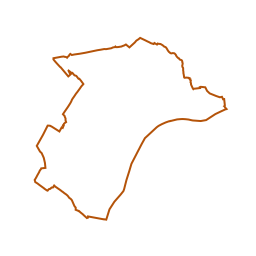 the district of Rasova, Constanta, Romania, rotated 171°
{"feature_id": "2599482B79501903079205", "entity_name": "Rasova", "entity_type": "district", "adm_level": 2, "iso_a3": "ROU", "parent_name": "Romania", "parent_adm1": "Constanta", "projection": "albers", "projection_center": [27.997, 44.248], "detail": "fine", "context": "isolated", "style": "outline", "palette": "amber", "viewbox_px": 256, "rotation_deg": 171, "n_neighbors": 0, "source": "geoboundaries", "source_scale": "gbopen_adm2", "svg_char_len": 5200}
<svg xmlns="http://www.w3.org/2000/svg" viewBox="0 0 256 256"><g transform="rotate(171 128 128)"><path d="M27.7,131.3L28.5,132.5L29.1,133.6L29.3,134.2L29.4,134.4L29.5,134.5L29.2,134.7L28.9,134.9L28.8,135.2L28.6,139.2L28.5,141.5L29.6,141.5L30.3,144.1L32.2,144.0L32.5,144.0L35.9,145.8L36.4,146.1L41.9,149.4L44.1,152.3L45.3,156.1L49.4,157.2L49.9,157.3L50.1,157.2L50.7,157.1L50.6,156.2L55.7,156.4L56.5,156.5L57.1,156.4L57.4,156.2L57.8,157.0L58.9,160.9L58.9,161.2L58.9,161.5L58.8,162.3L58.9,163.0L59.1,163.5L58.5,165.1L58.8,165.9L58.8,166.0L59.1,165.9L59.5,167.0L59.9,167.4L59.6,167.7L60.3,168.1L62.6,168.7L62.9,168.7L63.2,168.7L63.7,168.7L64.1,168.7L64.3,168.8L64.6,169.1L64.6,169.4L64.6,169.8L64.6,170.7L64.6,172.5L64.7,173.3L64.6,174.2L64.5,174.4L64.5,174.7L64.5,175.5L64.5,176.2L64.5,176.6L64.4,177.0L64.3,177.5L64.2,178.4L64.2,178.7L64.4,179.2L64.7,179.8L64.7,180.3L64.7,181.0L64.3,181.9L64.1,182.6L63.9,183.2L64.0,184.4L64.1,184.7L64.0,184.9L64.0,185.4L64.1,185.9L64.3,186.4L64.6,186.7L65.3,187.1L65.8,187.3L66.1,187.5L66.3,187.7L66.5,188.1L66.6,188.6L66.9,188.9L67.3,189.1L67.7,189.5L68.6,190.8L69.2,192.1L69.3,192.8L70.0,193.9L70.5,194.5L71.4,194.8L72.1,195.0L73.5,194.9L74.2,195.2L74.5,195.4L74.7,195.8L75.7,196.8L75.9,197.2L76.6,198.5L77.0,199.8L77.2,200.1L77.6,201.1L77.8,201.4L78.2,202.0L79.5,202.7L80.0,203.4L80.1,203.5L80.7,204.1L80.8,204.3L81.9,205.2L82.4,205.6L82.8,205.9L83.6,206.1L84.0,206.2L84.7,206.4L85.2,206.5L85.4,206.7L86.3,205.9L88.6,207.8L89.2,207.2L89.5,206.9L89.9,207.0L90.3,207.4L90.9,207.6L91.6,207.9L92.1,208.2L92.5,208.5L93.5,209.3L95.3,210.5L97.1,211.8L101.9,215.1L103.6,214.1L104.2,213.8L105.4,213.3L106.2,212.9L107.9,211.4L114.0,207.4L117.0,210.8L118.6,210.2L120.0,209.9L120.8,209.8L121.3,209.6L121.5,209.5L125.3,209.5L127.1,209.7L127.7,210.4L128.1,210.0L130.4,209.9L132.0,209.4L137.2,209.3L139.2,209.7L142.6,209.6L146.2,209.6L158.2,209.0L163.8,208.9L169.5,209.0L172.1,208.9L173.4,210.2L174.3,209.5L174.6,209.2L175.0,208.6L175.4,208.3L176.1,207.9L176.6,207.6L177.2,207.0L177.5,207.4L178.3,207.9L179.7,208.3L180.1,208.6L180.3,208.7L182.6,208.8L190.7,208.6L190.9,207.4L189.7,205.3L188.3,203.1L185.5,198.9L185.3,198.7L185.0,198.5L184.9,198.3L178.9,188.3L177.9,188.9L176.5,189.9L176.9,191.1L177.8,193.9L177.7,194.0L176.5,192.7L175.3,191.4L174.9,190.8L174.3,191.1L174.0,190.7L173.5,189.8L173.3,189.5L172.7,188.5L172.5,188.3L171.5,187.9L171.0,187.6L170.7,187.2L170.0,185.9L169.5,184.9L169.2,184.4L168.9,184.2L168.6,184.3L168.4,184.3L168.1,183.8L166.9,181.8L166.7,181.3L165.9,179.8L165.2,178.4L166.1,177.6L167.5,176.5L169.4,174.5L172.6,171.3L173.5,170.5L174.6,169.4L175.2,168.7L176.9,166.9L177.6,166.2L178.0,165.8L179.0,164.6L179.9,163.1L180.9,161.8L181.9,160.6L182.2,160.3L183.6,158.7L185.0,157.2L185.7,156.5L187.1,155.0L187.7,154.4L190.1,151.8L188.7,149.7L188.7,149.0L188.2,147.2L188.5,145.4L188.2,143.5L188.4,143.4L189.2,143.1L190.6,142.2L190.9,141.5L191.0,141.3L191.2,141.1L191.6,141.1L191.8,140.8L191.2,140.4L192.5,138.3L193.4,139.0L196.3,135.3L203.0,141.2L204.0,141.9L204.2,142.2L204.8,142.4L205.6,142.7L206.1,142.8L206.6,142.8L207.0,142.9L212.9,134.7L220.9,124.6L218.6,118.5L217.2,116.7L215.9,111.9L215.8,110.9L215.5,106.4L215.8,101.5L220.0,101.7L220.4,101.0L221.3,100.2L221.6,99.9L222.3,99.0L222.6,98.4L225.0,95.4L226.1,93.9L227.3,92.4L228.0,91.6L228.3,91.3L228.0,89.0L227.7,88.8L226.8,88.0L226.1,87.4L224.5,85.7L224.2,85.4L223.0,84.2L222.1,83.3L220.7,81.9L220.3,81.5L220.3,81.4L219.9,81.0L219.4,80.5L218.7,79.8L218.4,79.6L218.0,79.2L217.8,79.0L217.5,78.8L217.4,78.7L217.2,78.7L217.0,78.8L216.8,79.0L216.7,79.2L216.4,79.5L216.2,79.6L215.9,79.8L215.6,80.0L215.3,80.0L215.2,80.1L214.6,80.1L214.3,80.1L214.2,80.1L213.7,80.5L213.2,80.9L213.0,81.0L212.7,81.1L212.4,81.2L212.1,81.1L211.7,81.0L211.4,81.0L211.1,81.3L210.9,81.6L210.3,82.3L210.2,82.5L209.9,82.8L209.8,82.7L209.7,82.5L209.6,82.4L209.5,82.1L209.3,81.8L209.1,81.6L208.9,81.3L208.7,81.2L207.3,79.9L207.0,79.6L206.8,79.4L206.7,79.3L206.5,79.1L206.4,79.0L206.2,78.8L206.0,78.6L205.6,78.3L204.9,77.6L204.6,77.3L204.4,77.0L204.2,76.9L204.0,76.7L203.8,76.5L203.5,76.1L203.3,75.9L202.8,75.4L202.5,75.2L201.9,74.5L201.5,74.1L201.0,73.5L200.8,73.3L200.4,73.0L199.9,72.5L199.7,72.3L199.6,72.2L199.4,72.0L198.8,71.3L198.3,70.7L198.1,70.3L197.8,69.9L197.2,68.6L196.9,68.1L196.7,68.0L196.5,67.7L196.0,67.3L195.8,67.1L195.3,66.4L194.9,65.8L194.8,65.6L194.6,65.0L194.3,63.8L193.3,60.0L193.2,59.7L193.1,59.3L193.0,59.0L192.7,58.5L192.6,58.4L192.4,58.1L192.3,57.8L192.2,57.7L192.1,57.4L192.2,57.1L192.3,56.4L192.5,55.4L191.5,54.8L190.7,54.4L190.0,53.8L189.9,53.9L189.7,53.9L189.4,53.7L189.1,53.3L188.8,52.9L188.6,52.7L188.4,52.3L187.7,51.6L187.2,51.0L186.4,50.2L184.8,48.1L182.9,45.8L182.7,45.5L181.6,45.7L181.3,46.9L166.0,41.5L165.9,41.6L163.8,40.9L159.0,50.6L153.0,57.3L147.6,61.8L145.8,63.3L142.4,66.4L141.4,68.2L137.7,76.8L136.3,79.6L133.4,85.4L132.4,87.5L130.2,92.1L121.6,103.8L117.1,109.9L112.9,115.3L107.2,119.1L99.6,124.2L97.5,125.3L94.0,126.5L89.9,127.6L86.6,128.2L85.4,128.3L85.4,128.2L78.2,128.8L76.5,128.7L74.2,128.5L72.5,128.3L69.8,127.7L66.9,126.9L65.4,126.3L64.2,125.8L62.8,125.3L55.1,123.5L49.6,123.6L39.5,128.1L34.1,129.7L28.8,131.2L28.1,131.2L27.7,131.3Z" fill="none" stroke="#b45309" stroke-width="2"/></g></svg>